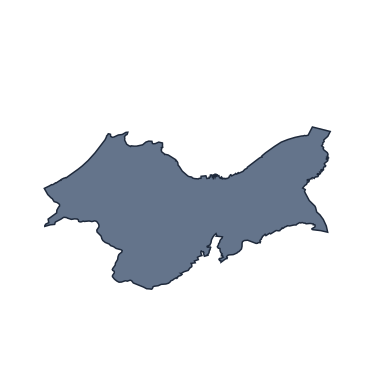 the district of Mueang Chon Buri, Chon Buri, Thailand, rotated 71°
{"feature_id": "78962969B92456210505100", "entity_name": "Mueang Chon Buri", "entity_type": "district", "adm_level": 2, "iso_a3": "THA", "parent_name": "Thailand", "parent_adm1": "Chon Buri", "projection": "equal_earth", "projection_center": [101.0, 13.351], "detail": "fine", "context": "isolated", "style": "filled", "palette": "slate", "viewbox_px": 384, "rotation_deg": 71, "n_neighbors": 0, "source": "geoboundaries", "source_scale": "gbopen_adm2", "svg_char_len": 6051}
<svg xmlns="http://www.w3.org/2000/svg" viewBox="0 0 384 384"><g transform="rotate(71 192 192)"><path d="M262.2,144.1L261.4,143.5L261.2,143.9L259.8,143.4L259.2,141.8L258.5,141.6L257.9,140.5L257.0,139.9L256.6,138.5L255.8,136.7L257.3,136.3L256.3,132.4L256.3,132.0L257.2,131.3L255.8,125.0L257.0,122.5L257.1,121.5L256.5,120.8L256.1,119.4L255.4,118.5L255.9,118.3L256.0,117.8L255.3,115.5L255.3,113.6L254.9,112.9L255.9,110.7L256.4,106.3L257.1,104.3L256.5,103.0L256.0,100.0L256.7,99.3L256.7,97.8L257.8,96.4L258.3,95.2L259.2,94.5L260.2,90.5L261.7,87.7L262.5,88.0L262.9,86.7L263.3,86.4L264.5,86.8L265.1,87.3L265.7,90.4L265.9,90.7L266.5,90.6L267.0,90.0L270.4,82.9L274.2,76.8L267.9,76.1L260.7,76.8L255.2,78.5L251.5,80.6L246.9,80.2L245.3,80.4L238.3,83.9L228.3,85.5L226.6,84.1L224.3,86.1L222.5,83.1L222.1,81.3L220.7,80.0L220.3,78.1L219.2,77.3L218.8,77.8L218.8,79.3L217.9,78.9L218.4,76.4L218.1,75.3L218.5,74.4L217.8,74.3L217.7,73.1L218.9,72.0L218.2,71.3L217.9,69.8L218.3,69.3L218.4,68.0L217.7,67.1L217.1,67.1L216.1,67.8L215.6,67.4L215.7,66.7L216.7,65.8L216.4,64.6L214.8,64.7L215.2,63.8L215.0,62.6L214.6,62.2L213.6,63.1L213.2,63.0L213.0,62.1L214.0,60.8L213.8,60.4L212.9,60.3L211.5,59.5L211.3,59.0L211.4,57.7L211.1,57.3L210.5,57.0L209.5,57.7L208.2,57.6L206.8,53.8L206.5,53.7L206.4,53.4L205.4,52.9L205.3,53.7L204.9,54.0L204.6,52.7L203.9,53.6L203.7,53.2L203.6,52.2L203.0,52.8L203.0,52.1L202.3,51.8L201.9,52.2L200.6,51.1L198.8,51.3L194.8,53.8L193.7,53.9L193.1,53.2L192.6,53.1L190.5,54.4L189.5,52.8L188.1,52.3L187.4,50.7L185.7,50.5L183.6,45.5L179.8,41.6L169.7,57.0L176.1,63.7L175.9,65.9L175.2,67.2L175.2,68.5L174.7,70.3L173.9,76.8L173.6,84.3L173.9,91.4L175.8,99.2L178.9,109.7L180.6,114.1L181.1,114.5L181.7,114.4L181.5,115.7L182.0,117.8L186.6,131.6L187.5,132.3L187.8,134.7L189.1,137.1L189.5,141.7L188.8,141.9L188.9,142.4L189.4,142.5L189.5,144.3L188.7,144.6L189.1,145.5L189.7,149.2L188.3,149.6L188.3,150.1L188.9,150.5L189.3,151.7L190.2,152.1L190.4,152.6L190.7,154.7L190.3,155.1L190.4,156.3L189.9,156.5L189.9,157.2L189.4,157.4L189.5,158.6L187.3,159.2L187.5,159.8L188.6,159.9L188.3,160.2L188.3,160.8L185.7,161.6L185.4,161.4L185.3,162.1L184.1,162.3L184.0,163.0L183.0,163.5L182.6,164.6L183.0,165.0L183.3,163.9L185.1,163.7L185.3,164.8L184.9,165.0L185.2,165.2L184.0,165.1L183.7,165.7L183.0,165.7L182.7,166.3L183.5,166.6L183.7,166.4L184.0,166.7L184.6,166.6L187.1,167.6L185.1,167.3L185.0,167.5L184.9,167.3L183.3,167.5L183.2,167.9L183.7,168.2L182.3,167.7L183.1,168.3L183.0,168.5L182.2,168.2L182.1,168.8L182.5,168.9L182.0,168.9L182.0,169.2L183.7,169.7L183.6,171.0L184.5,171.2L184.1,173.5L181.2,173.6L180.1,178.3L182.0,179.1L181.4,180.8L181.7,181.7L180.1,185.3L178.9,187.0L177.8,187.4L176.3,190.0L175.4,190.8L169.1,194.4L163.4,195.8L162.4,196.4L159.4,195.9L158.0,196.2L157.2,197.2L156.8,196.7L156.0,197.0L149.3,202.4L147.6,205.1L147.6,205.7L146.6,205.9L144.5,207.4L143.1,207.6L142.2,207.1L142.0,207.3L141.0,206.7L140.8,206.3L140.1,206.4L140.3,205.5L140.1,205.0L138.8,205.1L138.2,204.6L136.0,204.0L134.0,207.2L134.3,210.9L133.8,212.9L133.2,213.6L131.0,213.4L129.8,216.3L129.8,219.4L131.3,223.3L130.6,229.4L129.7,232.0L128.5,234.6L129.0,235.2L127.9,236.4L125.6,238.2L120.9,238.8L119.5,238.1L117.7,237.8L116.5,235.8L116.6,235.1L116.3,234.5L114.6,233.2L114.1,235.0L114.9,239.2L114.1,243.1L114.6,247.9L114.4,249.4L113.0,250.8L110.9,250.3L109.8,251.8L109.8,252.5L110.2,252.7L111.3,254.6L112.1,255.0L114.4,257.3L123.4,270.9L128.4,279.9L131.6,287.2L133.4,292.3L137.6,306.4L137.2,306.9L137.4,307.8L137.2,308.3L137.4,310.4L137.7,312.0L138.3,312.1L138.1,313.2L139.2,317.5L138.9,317.9L139.7,321.0L139.5,322.2L139.3,322.4L139.8,324.7L140.5,330.5L147.5,329.2L151.8,327.1L152.8,326.3L156.2,325.5L158.1,322.9L160.4,321.4L161.1,321.4L162.3,321.9L162.8,323.0L165.2,325.7L167.7,326.8L170.8,336.9L174.3,337.4L174.8,340.9L176.0,342.2L176.6,342.4L176.9,336.7L177.9,332.4L176.1,331.2L175.9,330.8L175.0,324.7L174.2,321.9L174.3,321.1L175.3,319.0L176.2,318.2L178.6,315.0L179.2,311.6L180.3,309.2L181.2,308.6L182.9,308.7L183.9,307.5L184.2,306.1L184.1,304.4L184.8,303.4L185.9,298.7L187.4,296.3L187.6,293.4L188.5,292.1L189.2,291.6L191.7,290.8L193.2,290.8L194.7,291.4L197.0,294.4L198.9,294.8L203.8,292.4L205.3,292.3L206.5,292.5L208.8,292.1L211.4,290.5L214.3,287.2L216.2,286.4L218.1,284.0L220.7,282.1L223.5,277.9L224.6,277.1L226.0,278.0L226.9,280.6L227.5,281.7L229.1,283.0L231.6,284.3L234.3,287.5L236.2,288.5L238.3,291.5L239.3,292.6L240.3,292.5L241.6,291.4L242.5,291.5L243.4,292.0L245.0,294.3L246.1,294.8L249.2,293.7L251.8,292.0L253.5,290.4L254.2,288.0L254.2,284.0L255.3,282.0L255.2,279.8L255.5,278.7L256.5,277.9L258.9,277.1L266.1,268.8L268.7,266.4L269.8,263.7L270.7,262.0L270.5,261.0L268.9,259.6L268.8,258.5L269.6,254.5L269.3,251.2L270.5,246.6L270.6,244.0L270.1,242.3L269.1,240.9L269.0,238.9L268.4,237.3L268.0,234.6L268.7,234.4L268.3,233.5L267.5,233.0L267.2,232.0L267.3,229.9L266.7,228.3L265.4,229.1L265.6,228.6L265.1,227.2L264.8,225.4L264.9,221.1L263.3,219.0L262.5,216.5L260.8,215.9L259.2,216.1L260.0,212.0L258.0,212.2L258.0,208.0L255.5,208.1L255.2,206.0L255.3,203.6L254.8,204.0L254.3,203.3L252.4,203.5L250.9,202.8L250.9,202.4L251.5,202.4L252.1,200.7L253.1,200.6L253.2,201.0L256.8,201.2L257.0,197.6L256.2,197.8L256.0,196.8L254.8,195.6L252.7,194.5L252.6,193.8L251.5,193.3L250.4,192.3L250.1,192.4L249.7,193.2L249.5,194.9L249.0,195.5L248.3,195.4L247.9,192.1L247.4,191.9L246.2,190.6L243.5,189.1L241.2,186.7L241.0,186.1L240.2,185.3L239.1,182.8L240.9,182.7L241.6,183.5L244.3,177.8L245.2,178.4L246.4,180.6L247.3,181.5L248.7,182.4L249.7,183.8L250.6,184.2L252.1,185.9L253.7,185.4L254.5,184.0L256.8,184.6L258.8,184.4L260.3,183.7L260.5,184.4L261.9,185.0L262.1,183.8L262.8,183.8L263.4,184.3L263.8,183.9L264.3,186.7L263.9,186.8L263.8,187.5L264.3,188.4L265.8,188.2L266.5,187.1L267.9,187.5L266.1,181.9L266.4,180.6L265.7,180.0L265.0,180.5L264.3,180.3L263.5,178.5L263.6,177.2L264.6,173.5L264.6,172.7L264.3,169.3L263.8,168.3L263.6,166.9L262.0,163.8L259.7,162.4L256.7,161.3L255.4,160.4L254.9,158.4L255.7,155.1L261.5,148.1L261.8,146.7L261.5,146.0L261.7,144.9L262.2,144.1Z" fill="#64748b" stroke="#1e293b" stroke-width="1.5"/></g></svg>